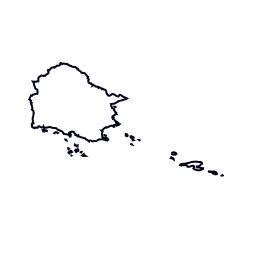 the district of Mueang Krabi, Krabi, Thailand, rotated 287°
{"feature_id": "78962969B35489784077256", "entity_name": "Mueang Krabi", "entity_type": "district", "adm_level": 2, "iso_a3": "THA", "parent_name": "Thailand", "parent_adm1": "Krabi", "projection": "equal_earth", "projection_center": [98.827, 7.974], "detail": "fine", "context": "isolated", "style": "outline", "palette": "ink", "viewbox_px": 256, "rotation_deg": 287, "n_neighbors": 0, "source": "geoboundaries", "source_scale": "gbopen_adm2", "svg_char_len": 5817}
<svg xmlns="http://www.w3.org/2000/svg" viewBox="0 0 256 256"><g transform="rotate(287 128 128)"><path d="M100.5,38.8L101.2,38.9L101.4,39.9L101.8,40.4L101.6,41.0L101.8,41.5L103.4,41.9L103.7,42.6L103.2,44.4L103.9,47.0L104.6,46.9L104.0,47.5L104.6,50.3L105.9,52.3L106.2,53.6L106.0,55.0L106.8,59.3L105.9,61.2L105.5,64.6L105.6,65.3L104.8,67.1L103.6,68.2L104.2,73.0L103.7,74.2L102.8,74.9L103.1,75.5L104.7,75.4L105.2,73.3L105.7,73.0L106.5,73.2L106.8,73.5L106.6,74.5L107.8,74.7L108.1,75.2L108.4,76.9L108.1,76.9L106.9,79.5L106.5,79.9L106.0,79.7L105.8,81.6L106.4,82.3L105.3,82.4L105.7,84.1L105.4,85.2L105.6,90.2L104.7,91.4L104.7,92.7L103.9,94.3L104.3,94.2L105.1,95.7L104.9,98.0L105.9,99.9L106.1,101.4L108.4,103.4L109.0,104.4L109.1,105.4L109.8,106.6L110.1,107.6L109.8,108.2L110.0,109.2L109.8,110.4L110.0,111.9L111.0,112.5L111.5,111.8L112.1,111.6L112.1,110.7L111.7,109.8L111.8,106.1L115.2,104.6L117.1,104.8L117.4,104.2L117.4,103.9L117.2,104.2L117.3,103.9L117.9,103.5L118.3,104.2L119.9,104.8L122.2,106.5L122.3,107.0L122.0,107.2L122.2,107.7L124.7,110.4L125.6,111.9L125.5,113.3L124.9,113.8L125.0,114.2L125.3,114.6L125.7,114.4L126.1,113.5L126.9,113.9L127.6,115.9L127.6,116.3L127.1,116.6L128.5,118.5L129.1,118.8L129.0,118.0L129.3,117.7L129.0,116.8L128.5,116.8L128.6,115.8L129.7,115.0L130.4,115.1L130.6,115.7L130.8,115.2L130.5,115.0L130.5,114.6L131.5,113.0L132.3,112.3L132.2,111.2L132.5,111.2L132.9,110.3L133.5,110.1L133.8,110.4L133.8,109.8L134.1,109.7L134.9,110.1L137.8,112.4L137.9,113.0L138.6,112.2L139.2,112.2L139.2,111.3L140.1,110.7L140.9,109.4L141.6,109.4L142.2,108.4L142.4,107.0L143.1,106.9L143.6,105.9L145.9,104.6L147.3,107.8L150.1,110.6L150.7,110.8L155.1,117.8L156.0,118.5L156.5,114.3L157.3,112.0L157.3,110.3L155.4,109.6L155.2,108.8L155.5,106.5L156.1,105.0L155.9,103.0L153.6,101.2L153.2,99.8L154.0,98.4L155.2,97.1L157.0,96.4L157.9,95.1L157.7,94.0L158.2,92.7L157.4,91.7L158.1,91.2L158.4,89.9L158.4,88.4L157.9,88.2L158.3,87.8L158.1,87.6L158.6,87.3L158.2,84.8L158.5,84.6L158.9,82.9L158.9,82.4L158.6,82.1L159.0,82.2L159.1,81.9L159.2,80.0L159.7,79.9L160.0,79.3L159.7,78.5L159.8,77.2L161.2,76.2L162.5,76.4L163.1,76.1L163.7,74.9L164.2,75.2L165.1,75.0L164.9,74.5L165.9,73.7L166.1,72.9L166.5,72.8L167.7,70.5L167.5,68.6L167.2,68.3L167.5,67.9L167.3,67.2L168.3,66.2L168.6,64.4L169.2,63.6L169.2,62.7L169.7,62.7L169.6,62.3L170.1,62.0L170.9,59.4L170.6,59.2L170.4,58.3L170.4,56.1L170.7,55.6L170.4,54.5L170.8,53.9L170.9,52.7L171.3,52.0L171.1,50.9L171.4,50.6L170.9,49.9L171.0,48.6L170.7,48.0L170.6,47.0L169.9,46.5L169.7,45.8L170.5,45.2L170.4,44.6L169.8,44.3L169.2,44.7L168.0,44.4L167.2,43.1L166.8,41.8L165.2,40.8L164.7,39.7L164.4,39.8L164.4,39.1L163.8,38.5L163.7,37.8L162.9,37.0L161.1,36.4L160.3,35.2L160.3,34.7L159.9,34.5L159.1,35.3L158.6,35.2L158.2,35.8L157.5,35.8L156.2,35.3L155.4,34.4L153.9,33.6L153.5,33.2L153.6,32.3L153.1,31.9L152.9,29.9L151.0,28.1L149.3,27.7L146.5,28.6L145.1,25.8L144.6,23.5L143.6,24.8L142.4,25.1L138.5,28.1L138.1,30.1L135.8,31.1L134.2,31.3L133.4,29.2L132.7,28.6L131.9,27.0L130.8,26.8L130.8,25.8L126.7,25.2L126.4,26.1L125.9,26.5L125.7,27.4L124.1,27.5L123.7,28.0L123.7,28.6L122.6,28.2L122.2,28.8L120.7,29.9L117.9,31.1L117.5,30.8L116.8,32.3L115.3,33.3L111.4,34.0L109.5,33.9L106.2,35.3L105.2,35.4L105.4,35.7L104.9,36.2L104.7,36.0L104.6,35.3L104.1,35.5L103.4,34.9L101.0,36.0L100.7,36.8L100.5,38.8ZM115.8,202.9L113.9,198.3L112.7,196.8L110.4,192.6L109.1,189.5L108.5,188.8L107.7,188.6L107.7,189.9L108.2,190.4L109.4,194.4L109.4,195.6L108.4,196.1L108.4,196.5L109.0,198.3L110.4,200.0L111.0,201.7L110.7,202.3L110.0,202.4L109.5,202.9L108.4,202.4L107.9,203.4L107.9,206.9L108.8,209.3L110.6,211.6L111.5,211.5L111.1,209.7L111.1,207.5L110.5,205.6L111.1,205.0L111.4,205.0L111.8,206.3L112.8,207.6L114.7,208.5L115.4,209.3L116.4,208.7L116.7,207.2L116.1,205.7L115.8,202.9ZM111.6,224.3L111.6,223.1L110.9,221.5L110.0,217.3L109.8,218.0L110.2,220.9L109.1,223.1L110.0,223.9L109.2,225.1L109.9,226.6L110.1,226.6L110.3,226.0L111.1,225.7L111.6,224.3ZM116.9,177.4L115.9,177.8L115.8,179.3L116.4,181.1L117.4,181.9L118.2,181.0L118.2,178.8L117.8,178.0L116.9,177.4ZM121.1,133.3L120.8,133.0L120.4,133.5L119.7,133.4L119.2,134.5L119.4,134.9L120.1,135.4L120.4,136.2L120.7,136.0L121.0,135.1L121.1,133.3ZM121.6,127.7L120.5,127.8L119.7,128.6L120.0,129.3L120.0,129.8L120.6,129.9L121.6,129.0L121.6,127.7ZM88.9,92.8L88.3,92.2L88.1,93.2L88.9,95.5L89.3,94.0L90.2,93.3L89.6,92.7L88.9,92.8ZM112.6,178.0L111.7,177.8L111.8,179.6L111.3,180.9L111.9,180.6L112.3,179.7L112.6,178.0ZM92.3,86.1L91.9,85.7L91.5,86.4L91.5,87.1L92.3,87.1L93.2,86.1L92.8,85.7L92.3,86.1ZM88.7,81.5L89.5,80.4L89.5,79.8L89.0,79.5L88.7,80.1L88.1,80.5L88.1,80.9L88.7,81.5ZM96.2,84.0L95.4,84.3L95.6,85.2L96.7,85.0L96.2,84.0ZM102.4,48.1L101.3,47.1L101.1,48.6L101.7,48.5L102.0,48.9L102.4,48.1ZM87.0,79.6L87.7,79.3L87.5,78.4L87.1,78.3L86.5,79.2L87.0,79.6ZM100.5,47.9L100.0,48.0L100.2,49.2L100.7,49.3L101.0,48.6L100.5,47.9ZM91.6,85.2L91.9,84.3L91.3,84.0L91.1,84.9L91.6,85.2ZM96.4,82.9L96.6,82.1L95.8,82.2L95.8,82.8L96.4,82.9ZM98.6,71.6L98.1,72.1L98.1,72.8L98.7,72.3L98.6,71.6ZM91.2,77.0L91.1,76.7L90.3,77.3L90.9,77.7L91.2,77.0ZM102.8,62.4L103.1,61.5L102.9,61.4L102.5,62.1L102.8,62.4ZM101.6,51.3L101.8,50.5L101.3,49.9L101.4,51.3L101.6,51.3ZM90.1,85.0L89.8,85.8L89.9,86.4L90.3,85.1L90.1,85.0ZM85.2,81.8L84.6,81.4L85.1,82.0L85.2,81.8ZM144.4,109.9L144.6,109.5L144.5,109.1L144.1,109.6L144.4,109.9ZM118.1,136.0L117.7,136.1L118.0,136.8L118.2,136.3L118.1,136.0ZM110.3,232.5L110.5,232.0L110.0,231.7L110.1,232.4L110.3,232.5ZM102.1,59.4L101.8,59.1L101.5,59.0L101.5,59.4L102.1,59.4ZM114.3,109.1L114.3,108.4L114.2,108.3L113.8,109.1L114.3,109.1ZM91.4,90.5L91.1,89.9L90.9,89.9L90.9,90.4L91.4,90.5ZM119.7,141.9L119.5,142.3L119.7,142.6L119.9,142.5L119.7,141.9ZM113.4,136.5L113.6,136.2L113.6,135.8L113.4,135.8L113.4,136.5ZM114.3,107.5L114.4,107.1L114.2,106.8L114.3,107.5Z" fill="none" stroke="#020617" stroke-width="2"/></g></svg>